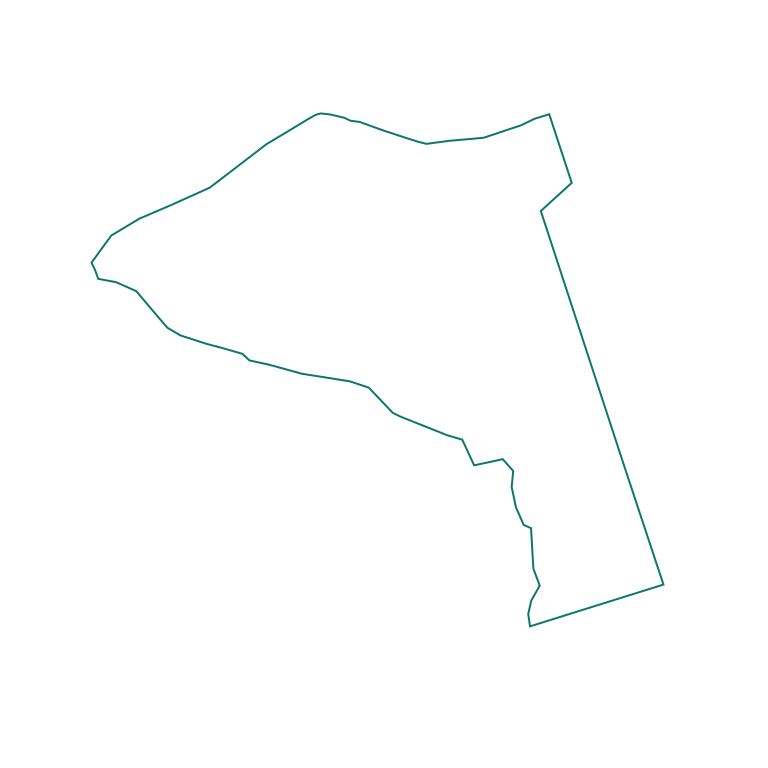 the district of Tassara, Tahoua, Niger, rotated 162°
{"feature_id": "23599985B43997741220428", "entity_name": "Tassara", "entity_type": "district", "adm_level": 2, "iso_a3": "NER", "parent_name": "Niger", "parent_adm1": "Tahoua", "projection": "orthographic", "projection_center": [5.154, 17.489], "detail": "fine", "context": "isolated", "style": "outline", "palette": "teal", "viewbox_px": 768, "rotation_deg": 162, "n_neighbors": 0, "source": "geoboundaries", "source_scale": "gbopen_adm2", "svg_char_len": 886}
<svg xmlns="http://www.w3.org/2000/svg" viewBox="0 0 768 768"><g transform="rotate(162 384 384)"><path d="M421.7,648.4L489.0,624.6L531.9,619.9L565.3,616.9L597.4,609.5L605.6,603.6L624.7,589.8L623.6,582.2L623.3,572.3L607.3,563.6L590.9,548.8L580.0,522.1L572.6,504.4L562.7,493.2L540.2,476.9L527.3,468.6L509.4,456.5L504.7,448.0L487.1,437.7L458.9,419.1L415.7,397.1L399.6,385.2L384.6,353.9L378.2,347.7L339.7,315.7L326.8,306.9L323.4,278.8L294.3,275.8L288.0,261.3L294.4,246.6L296.6,226.1L294.7,206.8L288.7,201.4L299.0,162.3L298.2,144.1L310.8,132.6L317.9,120.7L320.0,108.4L180.2,106.9L180.9,232.3L181.4,500.1L143.3,517.3L143.5,589.5L158.9,589.7L173.7,587.7L213.3,587.4L246.7,595.1L269.5,599.3L277.5,604.4L289.6,613.1L306.3,625.3L326.2,640.8L334.5,644.7L339.4,649.4L351.9,657.0L360.6,660.9L366.0,661.1L374.8,659.3L386.1,656.6L421.7,648.4Z" fill="none" stroke="#0f766e" stroke-width="2"/></g></svg>